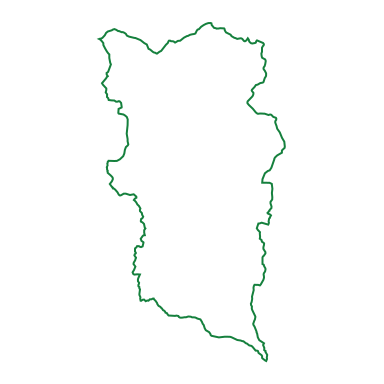 Chhoekhor, Bumthang, Bhutan (Mercator projection)
{"feature_id": "84629894B98599067496491", "entity_name": "Chhoekhor", "entity_type": "district", "adm_level": 2, "iso_a3": "BTN", "parent_name": "Bhutan", "parent_adm1": "Bumthang", "projection": "mercator", "projection_center": [90.666, 27.781], "detail": "fine", "context": "isolated", "style": "outline", "palette": "green", "viewbox_px": 384, "rotation_deg": 0, "n_neighbors": 0, "source": "geoboundaries", "source_scale": "gbopen_adm2", "svg_char_len": 5969}
<svg xmlns="http://www.w3.org/2000/svg" viewBox="0 0 384 384"><path d="M99.2,39.0L100.2,39.5L102.0,41.4L103.3,43.1L103.4,45.1L105.2,48.6L106.9,51.5L108.2,53.3L109.3,54.4L109.3,58.0L110.2,62.7L110.9,64.4L108.1,71.9L106.6,73.0L106.7,74.6L107.8,76.2L106.8,77.0L106.2,78.2L102.0,83.2L102.9,84.7L106.3,88.4L106.3,90.0L105.7,92.4L107.1,94.3L107.0,97.0L108.2,98.2L108.7,100.0L111.7,100.4L114.3,100.5L116.1,101.7L117.8,101.6L118.5,101.2L119.6,101.3L121.1,102.9L121.7,107.0L121.6,107.5L118.6,108.9L118.3,112.9L118.7,113.6L123.5,114.5L125.2,115.6L126.8,117.0L127.7,119.4L127.6,125.1L126.7,133.7L127.6,139.1L127.6,141.3L128.3,144.4L127.8,145.4L125.9,147.1L124.9,149.8L124.3,153.5L123.2,156.2L119.9,159.3L116.9,160.9L114.4,161.0L108.6,160.8L108.5,161.2L107.8,161.7L107.6,163.0L107.3,163.5L107.6,165.3L106.8,167.2L107.0,167.5L107.1,169.7L107.7,170.7L107.4,171.2L107.7,171.7L107.7,172.8L110.9,175.6L112.3,177.1L112.8,178.1L112.8,179.3L111.9,181.3L109.8,184.0L112.5,187.7L112.6,187.4L113.7,188.5L115.2,189.6L117.5,192.3L118.8,194.7L120.0,195.5L121.1,195.2L123.7,193.7L125.9,193.7L130.0,195.0L133.7,194.3L136.3,196.6L136.4,197.7L134.8,198.7L133.9,200.0L134.9,200.8L136.2,202.3L137.4,204.5L138.9,205.9L140.4,208.5L139.9,209.8L140.0,211.1L141.9,213.1L142.1,214.7L143.2,216.7L142.3,218.3L141.2,218.9L140.9,220.2L140.8,221.2L141.0,221.7L142.4,222.3L144.0,223.9L144.8,227.8L145.4,228.4L144.2,230.2L144.2,232.8L144.8,235.2L143.5,235.3L142.7,236.0L140.7,238.8L141.5,240.9L143.4,242.2L143.5,242.6L142.6,246.4L141.0,247.1L139.4,246.6L138.9,246.1L137.1,246.1L136.3,247.5L135.2,248.2L135.0,248.7L135.0,251.5L135.8,252.7L135.8,253.3L134.7,254.3L134.4,255.4L135.6,257.2L136.0,257.6L136.0,257.9L135.6,258.6L135.1,260.4L133.8,262.5L133.5,264.0L135.4,266.6L134.0,270.0L132.6,272.3L133.3,274.0L134.3,274.6L137.3,274.3L139.9,274.5L138.2,278.4L137.9,279.7L138.0,281.3L139.1,282.8L138.9,283.9L138.4,284.9L138.4,286.0L138.5,286.4L139.3,286.9L139.4,288.5L140.0,289.3L139.4,293.9L139.4,294.9L140.4,297.2L140.2,298.7L140.6,300.7L141.1,300.8L142.8,299.7L144.1,299.6L145.7,301.2L147.3,300.5L148.5,300.7L149.8,299.3L151.4,299.3L153.1,298.5L153.7,298.6L153.7,299.0L155.6,300.9L157.1,303.1L157.4,304.2L158.6,305.9L160.3,306.8L161.3,308.0L161.8,308.3L163.1,310.2L163.9,310.5L165.1,311.6L165.4,312.6L167.1,313.3L167.5,314.3L168.6,315.5L175.1,315.9L176.3,315.6L178.4,316.0L178.8,316.9L180.0,317.6L180.8,317.7L181.8,317.7L184.9,317.2L185.9,317.3L188.3,316.5L190.8,316.7L192.0,317.3L194.9,317.4L196.7,318.1L197.1,318.5L200.4,319.4L201.9,321.8L202.7,323.8L203.7,325.0L204.7,328.2L205.8,330.2L209.2,332.2L210.4,334.0L210.7,335.1L211.5,335.8L218.9,337.4L225.0,336.7L230.0,336.8L231.4,337.2L237.3,340.0L240.6,340.5L242.2,341.1L243.5,341.3L245.8,343.2L247.0,343.6L249.2,345.4L251.5,345.9L252.7,347.0L255.6,350.6L256.9,350.6L257.9,351.0L258.6,353.0L261.5,355.1L262.1,356.1L262.1,357.9L262.5,358.4L265.2,360.5L266.2,361.0L267.0,359.0L266.8,357.5L267.2,354.9L265.4,351.8L265.6,351.1L264.2,350.1L264.3,347.9L263.1,345.0L264.0,343.3L259.3,340.2L257.8,337.3L257.1,333.4L256.6,332.6L256.5,331.5L254.5,326.5L253.6,325.2L253.2,323.9L254.2,320.9L254.9,319.5L255.4,316.9L255.3,316.4L252.1,309.7L251.8,308.5L251.9,306.4L251.1,305.1L250.9,303.7L251.6,302.1L252.1,299.5L252.2,298.4L252.0,296.7L253.7,290.1L253.5,287.8L253.8,286.2L254.5,284.8L258.2,284.9L259.9,285.4L260.8,284.4L263.4,279.8L264.0,277.7L263.9,275.9L263.6,274.8L263.8,273.4L265.1,271.4L265.5,269.4L265.4,268.4L264.2,266.3L263.7,264.7L262.5,264.1L262.5,257.5L262.9,256.5L263.7,255.9L265.4,253.5L265.4,252.1L263.4,248.9L263.4,247.2L264.0,244.9L264.1,243.4L263.6,242.8L261.9,241.7L261.6,240.1L259.8,238.7L260.1,237.0L259.8,233.5L260.0,232.2L257.8,229.9L256.8,228.3L258.4,223.5L259.4,223.5L261.7,222.7L268.2,224.6L268.7,223.6L268.9,222.5L268.6,221.5L269.0,219.2L269.2,218.4L269.8,218.0L270.2,216.8L271.0,215.4L270.2,214.6L267.7,213.4L267.5,212.9L268.5,211.9L269.0,211.0L269.6,210.7L269.7,209.9L271.4,208.1L271.5,206.4L270.5,203.4L270.5,201.9L272.2,199.5L272.3,197.2L271.9,193.0L272.4,188.8L271.8,183.9L269.6,182.8L262.2,182.7L262.5,179.2L264.9,173.3L267.8,171.0L269.7,170.3L271.4,167.7L274.3,159.3L274.4,158.5L275.1,157.4L277.2,155.4L281.9,152.7L281.9,150.7L282.3,150.0L284.6,147.9L284.8,146.5L284.3,141.7L282.0,137.8L279.8,132.4L277.2,128.7L276.5,125.9L275.5,123.3L275.2,122.1L275.4,121.0L276.2,119.8L276.3,118.6L275.9,117.8L273.3,116.9L271.3,114.8L270.1,114.5L268.5,115.0L264.7,113.7L260.1,113.5L258.0,113.8L257.2,113.5L255.8,112.4L252.8,108.7L249.0,105.1L247.5,103.3L247.4,102.2L247.7,101.3L252.4,96.4L253.0,95.3L253.4,94.0L253.4,92.8L252.0,91.1L251.7,90.4L252.0,89.7L254.7,86.8L255.8,85.1L257.7,84.6L260.2,83.1L262.8,82.6L263.5,82.0L264.7,78.2L265.9,76.3L266.1,75.3L266.1,73.3L264.8,70.7L263.7,69.3L263.5,68.4L263.7,67.4L264.6,66.2L265.2,64.2L265.7,61.3L265.6,60.4L265.1,59.4L262.2,57.8L261.8,56.8L261.5,55.0L261.4,53.5L262.0,51.8L262.0,50.7L262.0,47.7L262.9,46.1L263.6,45.4L263.9,44.2L263.1,43.0L257.0,40.4L256.2,41.3L255.8,42.6L255.0,43.0L252.3,43.5L251.0,43.2L249.6,42.0L248.9,40.7L248.8,39.7L247.8,38.3L246.6,40.1L245.7,40.9L244.9,41.3L243.9,40.9L242.3,38.9L241.4,38.4L240.4,38.3L237.2,38.9L235.5,38.1L234.3,37.8L231.5,36.1L230.6,34.7L226.0,32.4L224.8,30.4L224.6,29.1L224.1,28.4L220.1,28.2L218.6,28.5L216.4,28.6L215.9,28.2L214.1,27.9L211.7,25.0L211.4,23.3L210.5,23.0L208.3,23.1L205.9,23.9L203.6,25.1L201.1,26.8L198.9,29.2L197.6,29.6L196.8,30.6L195.4,33.5L194.1,34.0L192.1,34.3L190.0,34.8L188.0,35.9L186.9,36.1L183.9,37.7L180.2,40.7L177.9,40.9L175.3,42.5L174.9,42.5L173.7,41.5L173.0,41.3L171.0,41.2L170.2,40.7L169.0,40.7L168.5,41.3L167.8,43.0L166.0,44.7L161.2,50.9L159.4,51.8L157.0,53.6L156.4,53.5L155.4,52.8L154.0,52.5L152.9,51.9L150.2,49.6L148.5,48.8L146.8,44.5L144.3,43.1L140.5,40.1L135.4,38.0L134.3,37.9L129.0,36.6L126.9,35.6L125.9,33.9L124.4,32.8L122.8,32.1L121.7,32.2L118.9,31.0L118.2,31.1L116.2,29.8L114.4,29.1L112.8,29.6L111.8,30.3L107.8,31.5L106.1,32.9L104.8,35.3L102.4,37.9L100.9,38.7L100.0,38.7L99.2,39.0Z" fill="none" stroke="#15803d" stroke-width="2"/></svg>